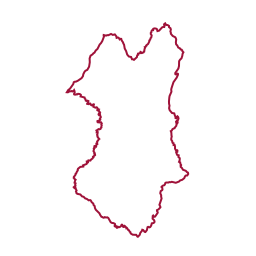 Suárez, Cauca, Colombia (Equal Earth projection), rotated 5°
{"feature_id": "7082276B17294841242383", "entity_name": "Suárez", "entity_type": "district", "adm_level": 2, "iso_a3": "COL", "parent_name": "Colombia", "parent_adm1": "Cauca", "projection": "equal_earth", "projection_center": [-76.756, 2.939], "detail": "fine", "context": "isolated", "style": "outline", "palette": "rose", "viewbox_px": 256, "rotation_deg": 5, "n_neighbors": 0, "source": "geoboundaries", "source_scale": "gbopen_adm2", "svg_char_len": 5804}
<svg xmlns="http://www.w3.org/2000/svg" viewBox="0 0 256 256"><g transform="rotate(5 128 128)"><path d="M95.7,37.5L95.7,38.3L96.1,39.0L94.8,43.6L93.7,45.8L92.5,47.3L90.7,51.9L89.1,53.6L88.0,55.9L87.0,56.6L86.3,57.7L84.4,59.2L83.7,62.0L84.2,65.9L83.9,70.3L82.4,73.6L80.6,74.7L79.8,75.8L78.8,78.3L78.6,80.3L77.4,82.4L73.9,85.3L72.0,86.4L71.0,86.5L70.0,87.1L69.6,89.1L66.7,94.0L65.2,95.3L64.0,97.7L65.0,97.7L66.9,96.4L68.0,96.5L68.8,96.0L69.6,96.4L70.7,95.6L71.0,95.0L71.5,95.9L71.8,97.2L71.3,98.5L71.4,99.2L72.0,99.4L73.2,99.3L73.9,98.8L74.6,98.9L75.2,98.3L77.0,98.4L78.1,99.0L78.2,99.7L78.0,100.7L82.1,101.4L82.4,102.5L83.2,103.1L83.5,104.4L84.3,104.7L85.3,104.3L86.2,104.6L86.1,106.1L85.2,107.1L85.2,107.5L86.6,107.7L88.1,106.9L88.8,107.5L88.9,108.1L89.9,108.6L90.5,108.4L91.4,107.4L92.0,107.5L91.9,108.2L91.6,108.8L91.6,109.8L93.7,110.6L94.8,110.1L95.4,110.3L95.9,111.0L95.9,112.1L96.6,111.8L97.3,112.0L96.5,113.2L97.7,113.6L97.9,114.2L98.7,114.8L98.1,115.6L98.7,115.9L98.8,116.2L97.6,116.6L97.5,117.2L98.1,117.8L99.0,117.6L100.0,119.5L99.1,121.2L99.1,121.8L99.6,121.7L99.7,122.1L98.8,123.2L97.0,123.7L97.0,124.5L97.7,125.0L98.1,124.7L99.4,125.0L100.5,124.6L101.5,125.7L101.1,126.8L101.6,127.6L101.3,128.7L101.5,129.8L100.9,130.4L100.7,131.3L99.7,131.8L98.7,131.7L98.6,132.1L96.8,133.2L97.3,133.9L97.2,135.0L98.2,134.9L98.1,136.7L97.8,137.1L98.1,137.8L98.0,138.5L98.5,138.9L98.6,139.8L100.3,141.4L99.7,141.9L99.4,142.9L98.4,144.1L98.6,145.0L98.4,145.7L98.7,146.3L98.0,146.4L98.4,147.2L97.3,148.5L97.9,149.2L97.8,149.5L97.3,149.5L96.9,148.8L96.2,148.9L96.0,150.2L96.4,151.0L95.7,151.5L96.0,152.5L95.7,153.4L95.7,154.3L96.8,155.4L96.9,155.9L96.6,155.9L96.6,156.6L97.4,156.9L97.6,157.9L95.7,159.6L96.1,160.3L95.6,160.7L95.3,161.5L93.9,162.7L93.4,163.7L91.4,163.7L91.2,165.3L90.1,164.8L89.8,164.9L90.2,166.8L89.8,167.5L86.5,169.1L86.9,169.9L86.9,170.3L83.9,170.9L81.8,172.9L81.5,173.7L81.7,174.2L81.6,174.8L80.9,175.9L80.3,177.9L79.8,178.1L79.6,179.6L78.3,181.4L78.3,182.5L79.0,182.8L79.2,183.5L80.3,184.1L79.9,185.0L79.5,187.2L80.6,187.7L80.3,189.1L80.7,190.0L79.1,191.7L80.0,192.6L80.9,192.1L81.7,194.1L82.2,194.6L81.7,195.9L82.3,196.8L82.4,197.5L83.3,198.0L86.4,198.4L88.1,200.1L89.8,200.4L91.5,201.9L93.1,202.2L95.2,203.5L96.5,203.1L97.2,203.4L98.3,205.1L100.0,206.3L100.4,207.7L101.6,208.7L102.0,210.5L103.0,212.2L107.0,215.5L107.7,216.8L109.3,218.8L110.2,218.9L111.2,219.5L111.8,219.5L112.6,218.8L113.9,219.1L115.2,218.8L116.2,219.3L119.0,223.4L120.4,224.0L121.8,224.0L123.3,224.6L123.6,225.4L123.2,226.3L123.3,227.0L123.7,227.2L124.1,226.8L124.7,226.8L125.1,227.9L125.6,228.4L126.0,228.3L126.5,227.2L127.6,227.7L128.8,227.1L129.7,226.2L130.0,225.0L130.3,224.8L130.7,224.9L131.5,226.6L132.0,227.0L132.5,226.9L132.5,226.0L132.9,225.7L133.8,226.2L134.1,226.8L134.9,227.1L135.1,228.1L135.9,227.9L137.1,229.6L138.0,229.9L138.6,231.1L139.5,231.6L139.7,232.5L140.3,233.1L142.1,233.9L145.5,233.7L146.9,235.4L147.3,235.5L149.0,233.4L149.4,231.4L150.8,229.3L151.1,228.1L152.0,228.3L153.6,230.0L154.4,230.1L155.7,228.1L156.1,225.1L156.7,224.7L158.1,225.1L158.8,224.7L159.6,223.2L160.0,220.9L161.8,220.4L162.6,219.3L162.5,218.5L161.9,217.4L160.4,216.2L160.3,213.5L160.7,213.0L161.7,214.2L162.7,213.9L165.0,209.8L164.9,209.2L164.1,208.2L164.0,207.3L165.4,206.5L167.2,204.2L167.0,203.4L166.0,201.8L167.6,195.3L167.0,193.5L166.9,192.1L165.8,190.1L166.1,188.0L167.5,186.9L167.7,186.3L167.3,184.4L166.5,183.8L166.7,183.4L167.9,182.3L169.2,181.8L169.7,180.9L170.0,179.5L170.7,179.0L173.1,178.8L173.8,178.3L175.2,178.3L176.3,177.8L180.4,178.4L183.5,176.9L184.5,175.7L186.5,174.9L188.4,173.1L189.0,171.2L189.8,170.3L191.2,170.1L192.0,168.5L191.6,167.2L190.7,166.9L189.3,165.6L186.4,164.8L185.1,163.0L183.9,162.2L183.7,160.9L184.1,160.7L184.2,160.3L183.2,158.9L183.0,157.7L181.8,157.3L182.3,155.5L182.2,153.6L180.7,152.4L180.9,150.8L179.2,150.4L178.1,148.0L179.2,147.5L179.2,146.1L178.8,145.8L177.8,146.1L177.4,145.7L176.6,144.4L176.5,142.4L175.9,140.8L174.9,141.0L174.7,139.2L173.8,139.0L173.5,138.5L173.2,137.2L172.1,135.9L172.0,135.0L172.3,132.4L172.0,131.8L171.6,128.9L170.9,127.4L171.8,126.8L172.4,125.3L173.7,124.4L174.4,124.2L174.8,123.2L175.9,121.6L176.0,120.2L176.9,118.6L177.0,117.8L176.6,117.6L175.5,118.2L175.3,117.5L176.1,116.4L177.1,115.7L177.5,114.1L177.0,112.7L176.2,112.0L175.9,112.3L175.3,114.1L174.5,114.0L174.3,112.6L173.7,111.7L172.8,109.4L170.5,109.2L168.4,107.1L167.7,106.2L167.5,105.2L167.2,104.7L167.4,102.1L166.8,100.3L166.5,98.0L166.5,94.3L166.6,92.6L168.1,88.1L167.7,86.0L167.8,84.9L169.3,78.4L172.1,73.6L173.1,70.7L173.1,69.8L172.7,69.5L171.5,70.3L170.7,70.4L170.4,70.1L170.3,69.1L173.0,64.4L173.4,61.8L173.1,57.0L173.9,55.4L175.2,54.0L175.8,51.4L175.9,49.4L176.6,47.7L175.5,46.8L175.3,46.0L174.6,45.3L173.9,45.3L173.3,44.9L173.1,44.3L171.0,43.4L169.9,41.5L168.7,40.5L168.2,38.5L168.3,35.6L167.9,34.6L167.2,33.5L164.5,32.4L162.5,30.4L162.3,29.0L161.8,28.2L162.1,26.1L161.6,24.9L160.1,24.0L159.9,22.7L158.5,22.0L157.3,22.0L156.7,21.6L155.9,20.5L155.1,21.2L154.9,21.9L155.5,23.1L155.3,24.2L154.4,24.2L153.2,24.8L150.5,28.3L148.9,28.9L148.1,26.9L147.1,26.5L145.5,26.5L144.5,27.0L144.5,28.2L144.0,28.1L143.3,28.7L142.9,29.6L143.0,30.4L142.4,31.2L142.5,32.4L143.5,33.6L143.3,35.8L142.6,36.6L142.4,38.1L141.6,38.9L141.7,39.9L140.7,42.5L139.2,43.9L139.2,44.4L138.8,44.6L138.6,45.3L137.9,45.8L138.2,46.0L137.6,47.9L137.5,50.4L137.0,50.6L136.9,51.3L135.2,52.2L134.6,52.1L134.3,51.3L133.8,51.1L133.3,52.5L131.5,53.0L131.4,53.4L131.7,54.2L130.8,54.9L130.7,56.6L128.0,59.6L127.0,59.1L126.0,59.2L124.9,57.0L122.6,56.7L120.8,54.9L119.4,51.5L117.8,49.1L116.8,45.3L115.9,44.1L115.7,43.3L114.0,41.2L113.5,39.8L112.5,39.8L111.9,40.4L111.2,39.3L110.1,38.7L108.8,39.2L108.4,37.7L106.7,35.9L104.8,36.6L102.9,35.8L100.3,37.3L99.2,37.3L98.1,37.9L95.7,37.5Z" fill="none" stroke="#9f1239" stroke-width="2"/></g></svg>